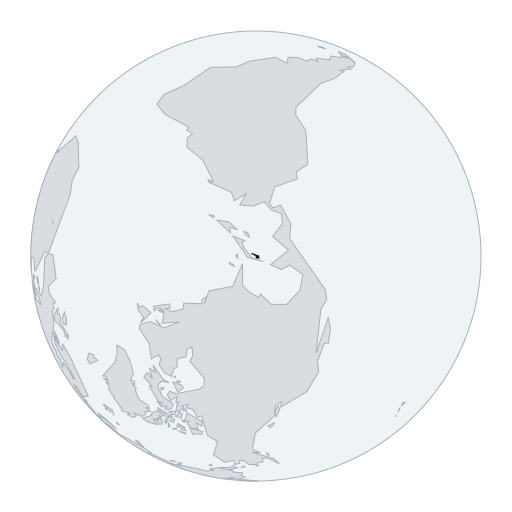 Isla de la Juventud highlighted on a globe, orthographic projection, rotated 212°
{"feature_id": "CUB-1320", "entity_name": "Isla de la Juventud", "entity_type": "Special Municipality", "adm_level": 1, "iso_a3": "CUB", "parent_name": "Cuba", "parent_adm1": "", "projection": "orthographic", "projection_center": [-82.43, 21.696], "detail": "fine", "context": "on_globe", "style": "filled", "palette": "ink", "viewbox_px": 512, "rotation_deg": 212, "n_neighbors": 0, "source": "natural_earth", "source_scale": "10m", "svg_char_len": 9833}
<svg xmlns="http://www.w3.org/2000/svg" viewBox="0 0 512 512"><g transform="rotate(212 256 256)"><circle cx="256" cy="256" r="225" fill="#eef3f6" stroke="#a8b0b8"/><path d="M272.5,307.9L267.2,305.7L262.0,312.3L243.5,301.8L236.7,288.6L179.1,264.1L173.0,256.6L172.8,245.3L153.6,205.5L162.0,241.8L154.5,234.1L148.5,220.7L151.9,218.1L148.0,199.1L141.4,191.0L141.1,167.8L155.0,141.1L157.1,146.0L160.2,139.6L157.7,133.4L155.4,130.9L162.7,105.5L156.9,90.5L148.0,91.4L155.5,87.3L133.7,93.7L126.0,92.2L139.1,90.7L143.9,88.1L140.8,85.1L145.0,81.9L145.9,78.9L151.2,75.6L158.5,75.7L162.0,73.8L159.7,71.8L163.5,67.9L166.4,70.9L173.3,64.5L186.7,64.9L190.3,78.3L202.1,78.1L217.4,91.5L220.4,88.3L228.1,92.4L234.4,90.5L235.4,94.1L239.5,89.6L237.4,86.7L238.5,83.9L242.0,82.7L243.9,86.9L242.5,88.1L244.9,88.8L244.3,91.5L246.6,89.5L248.5,95.2L251.8,88.1L257.7,91.3L257.6,95.5L250.8,97.0L233.6,112.8L231.3,118.7L235.0,124.9L256.4,131.8L256.7,138.0L262.2,145.0L265.1,140.3L261.9,133.3L268.7,127.1L264.0,120.0L266.0,116.7L263.9,109.2L271.6,108.5L280.2,112.1L282.4,118.5L286.3,120.5L290.2,113.3L300.0,125.0L316.5,132.7L318.2,136.4L310.9,144.3L295.8,146.3L286.3,159.2L299.9,149.4L304.0,159.6L307.9,161.0L312.0,159.9L313.3,155.6L316.3,159.1L303.9,169.5L301.0,166.4L305.0,163.0L297.9,164.3L289.6,172.5L292.3,177.7L276.9,186.7L278.7,190.7L276.3,195.3L274.5,188.1L277.4,201.6L259.7,217.9L263.3,242.2L251.6,223.7L242.5,221.7L231.7,222.3L232.1,226.2L217.3,223.1L204.4,231.2L200.6,250.3L206.3,265.1L222.7,266.1L227.3,258.0L239.1,256.3L231.5,278.3L252.3,281.2L250.7,297.4L256.9,305.5L267.1,303.1L277.7,306.5L284.9,296.8L296.8,290.8L297.4,303.8L303.6,291.4L310.5,297.0L333.7,293.7L332.0,296.9L351.7,309.1L372.1,311.8L376.8,319.9L374.5,326.0L381.4,326.1L381.4,329.7L407.9,327.9L420.5,332.3L419.5,344.5L407.8,361.9L394.4,392.1L372.6,406.1L365.2,417.3L345.1,434.6L332.1,435.9L334.0,441.7L325.2,446.7L316.3,448.2L313.2,452.6L306.5,453.5L309.9,455.6L297.2,461.7L298.6,465.2L288.8,469.4L289.9,471.0L286.9,471.2L283.3,472.2L282.3,473.2L274.0,472.1L273.7,467.8L278.2,465.2L274.3,465.0L284.1,457.7L279.1,459.4L283.6,448.0L292.3,437.2L301.0,403.3L296.9,396.5L280.4,389.0L260.6,361.2L266.4,348.8L261.9,343.1L276.8,324.7L272.5,307.9ZM51.9,210.8L53.4,205.8L53.6,209.9L51.9,210.8ZM53.7,202.1L53.3,204.0L53.4,202.3L53.7,202.1ZM53.3,200.6L53.6,201.7L53.1,200.9L53.3,200.6ZM52.6,199.1L53.1,199.7L53.0,199.8L52.6,199.1ZM262.5,250.4L286.3,260.7L273.3,263.0L275.7,260.7L269.6,256.2L258.3,252.3L246.7,255.1L262.5,250.4ZM52.3,195.3L52.3,194.2L52.8,194.3L52.3,195.3ZM272.2,236.6L268.1,235.9L272.1,235.6L272.2,236.6ZM153.6,130.5L157.3,133.7L157.9,140.8L154.4,138.4L153.6,130.5ZM153.0,118.0L155.9,118.2L152.1,124.3L151.7,122.3L153.0,118.0ZM140.6,93.2L142.8,94.8L139.2,94.4L140.6,93.2ZM145.1,79.0L143.2,79.7L144.5,77.9L145.1,79.0ZM259.8,110.2L261.8,109.7L261.2,111.3L259.8,110.2ZM257.0,107.6L254.8,109.8L253.2,108.9L254.5,107.6L257.0,107.6ZM153.8,71.4L156.5,68.7L155.0,71.4L153.8,71.4ZM260.0,105.1L250.5,107.1L247.6,105.6L250.4,99.3L260.0,105.1ZM158.9,67.1L165.3,60.9L161.6,61.7L175.8,56.7L165.6,63.2L164.4,66.3L162.4,65.6L158.9,67.1ZM235.2,86.3L237.6,89.4L232.3,88.0L235.2,86.3ZM231.5,86.2L213.7,87.4L211.8,82.8L218.2,83.1L213.1,78.5L221.0,75.6L225.5,77.5L225.2,80.9L228.5,77.3L231.5,86.2ZM182.7,55.2L185.3,54.0L184.0,55.4L182.7,55.2ZM238.5,82.7L235.1,83.1L233.2,79.1L239.7,77.5L238.3,79.3L238.5,82.7ZM208.0,78.9L207.7,75.9L214.0,72.6L214.8,71.1L221.0,75.2L208.0,78.9ZM240.5,79.6L243.1,76.9L247.2,77.9L241.7,82.1L240.5,79.6ZM230.0,78.8L229.4,76.9L231.8,77.4L230.0,78.8ZM263.2,80.5L259.1,80.6L257.8,78.5L263.2,80.5ZM243.8,75.9L242.4,75.6L241.4,74.9L244.0,73.4L243.8,75.9ZM225.0,72.8L227.7,72.2L222.8,70.9L227.3,68.8L230.7,72.0L231.1,69.8L232.5,69.1L233.7,72.5L225.0,72.8ZM243.6,69.8L249.4,73.8L257.3,73.7L258.7,75.5L245.8,75.4L243.6,69.8ZM237.7,71.1L241.7,70.7L241.4,72.9L238.5,74.6L237.7,71.1ZM229.2,66.3L221.4,68.7L220.9,68.0L229.2,66.3ZM246.0,69.3L244.5,68.4L246.6,69.0L246.0,69.3ZM234.4,66.6L231.7,67.5L231.3,66.6L234.4,66.6ZM243.9,66.1L245.7,67.2L243.8,68.3L243.9,66.1ZM239.6,65.9L239.6,64.5L242.0,68.0L238.5,66.4L239.6,65.9ZM234.4,65.7L233.3,65.4L235.6,65.4L234.4,65.7ZM250.1,61.6L253.5,65.7L249.3,67.9L246.5,63.6L250.1,61.6ZM287.4,474.3L274.4,472.7L282.0,473.4L288.6,471.5L294.9,472.8L287.4,474.3ZM306.4,468.6L313.3,466.7L314.5,467.0L310.0,468.4L306.4,468.6ZM421.6,103.3L420.8,102.4L419.5,101.0L421.6,103.3ZM397.5,80.7L398.3,81.4L411.8,93.3L413.3,94.7L415.7,97.1L422.0,104.2L427.0,109.4L431.2,114.5L424.3,107.7L420.5,103.8L412.5,100.5L417.2,105.1L425.0,108.9L425.2,110.0L431.6,117.4L426.8,112.6L417.0,108.3L420.1,117.8L434.1,142.3L433.7,148.2L428.8,149.3L413.5,130.9L416.0,119.9L410.6,114.2L401.4,110.4L402.9,107.7L399.5,105.1L399.6,101.1L391.1,91.1L389.9,87.2L378.3,79.5L376.1,76.7L383.6,81.8L388.2,83.8L384.2,75.6L380.9,72.9L373.7,68.8L373.5,67.5L367.1,64.6L360.7,59.4L363.0,63.7L354.6,60.1L346.3,55.4L343.9,55.2L357.5,63.1L362.5,65.7L366.2,66.5L380.3,75.5L383.5,79.3L370.3,73.6L373.3,78.8L361.8,73.0L332.1,53.7L324.0,48.4L328.0,45.1L334.7,47.4L336.6,49.6L342.5,50.1L338.3,48.8L338.2,48.0L330.1,45.2L329.6,44.6L322.7,43.3L321.2,42.3L325.6,43.1L312.3,39.1L306.9,37.1L304.1,36.6L302.7,36.6L296.8,34.6L295.1,34.4L296.3,34.8L293.6,34.8L286.5,34.3L284.8,33.6L287.2,33.7L289.6,33.3L296.1,34.3L295.1,34.1L311.0,37.5L326.6,42.1L341.8,47.7L356.6,54.4L370.8,62.2L384.5,71.0L397.5,80.7ZM294.2,34.0L288.7,33.1L285.7,33.4L281.9,33.4L282.3,32.8L281.9,33.0L279.5,32.8L275.5,32.1L274.6,32.7L250.3,33.9L240.3,33.5L243.4,32.4L224.7,34.7L214.8,35.5L216.0,35.8L207.9,38.0L210.8,37.6L210.8,38.0L191.2,45.2L185.3,46.9L178.1,51.6L178.7,52.0L182.7,50.8L175.8,56.7L161.6,61.7L160.9,60.6L152.4,65.0L152.2,62.3L148.0,62.6L152.7,57.9L149.0,59.1L146.1,60.8L138.9,64.2L134.8,66.1L137.8,64.2L150.9,57.0L160.5,55.2L157.7,54.9L162.2,52.9L163.5,51.7L161.2,52.1L158.6,53.3L170.1,47.8L184.9,42.2L200.1,37.8L215.5,34.4L231.1,32.1L246.9,30.9L262.7,30.8L278.5,31.8L294.2,34.0ZM480.7,239.4L480.5,237.2L480.6,242.9L479.6,237.8L479.1,240.2L472.4,262.4L467.1,258.3L453.1,237.1L452.0,222.8L446.2,210.1L433.8,149.5L437.5,147.0L435.0,126.8L435.8,126.2L443.0,136.3L446.7,136.1L439.7,125.6L439.4,125.2L449.0,139.9L457.5,155.2L464.7,171.2L470.7,187.8L475.4,204.7L478.7,221.9L480.7,239.4ZM445.5,175.4L447.6,179.4L447.6,179.5L445.5,175.4ZM334.4,293.4L337.3,295.5L333.6,296.1L334.4,293.4ZM271.7,268.5L276.6,268.6L279.3,270.5L275.5,271.4L271.7,268.5ZM312.5,265.7L318.0,266.2L312.4,267.9L312.5,265.7ZM290.0,262.0L308.1,265.7L297.1,270.6L285.7,268.4L293.4,266.7L290.0,262.0ZM270.4,244.5L273.5,245.3L272.7,247.8L270.4,244.5ZM275.1,236.4L273.9,236.7L272.2,234.8L275.1,236.4ZM304.8,159.0L305.8,158.3L310.2,158.1L308.4,160.1L304.8,159.0ZM327.5,147.6L331.8,153.6L327.5,150.4L326.0,153.9L315.0,152.1L318.5,138.1L318.9,144.5L327.5,147.6ZM301.4,146.6L307.9,148.8L300.7,147.0L301.4,146.6ZM380.3,96.7L383.2,96.5L387.3,100.2L388.8,107.0L382.8,101.5L380.3,96.7ZM386.2,95.6L372.7,89.1L371.3,85.2L374.4,88.4L374.8,86.5L379.9,91.2L391.7,94.6L396.1,98.2L396.4,107.6L393.9,102.2L391.3,102.5L386.2,95.6ZM340.8,84.9L335.0,83.5L339.4,76.6L344.4,78.8L346.2,85.1L341.4,86.4L340.8,84.9ZM266.9,94.4L264.3,95.4L263.8,94.1L265.5,92.1L266.9,94.4ZM261.4,80.7L277.3,88.9L275.3,90.3L287.1,94.2L286.2,99.7L278.6,96.9L286.8,104.4L279.5,104.1L285.7,108.9L268.7,102.1L262.5,102.6L269.8,99.8L270.8,94.6L269.3,92.5L260.6,87.3L247.8,86.6L246.7,81.8L249.4,78.7L252.3,78.2L252.1,81.3L256.1,78.3L258.0,82.5L261.4,80.7ZM281.1,53.4L279.6,55.8L288.1,53.4L290.1,56.3L290.9,55.9L295.1,58.1L301.6,60.3L301.5,61.8L304.1,62.0L306.8,63.8L310.4,64.7L311.4,67.9L315.8,69.4L313.8,70.1L321.0,72.0L316.1,72.1L319.2,74.7L322.4,73.3L319.4,91.0L321.9,99.5L326.8,106.8L317.6,106.7L307.2,100.2L297.6,91.4L296.5,83.7L292.5,85.5L290.8,82.4L294.6,82.3L287.7,80.8L287.4,78.3L278.8,72.4L269.1,72.3L265.7,70.4L269.3,69.3L263.4,68.3L267.9,64.9L265.6,63.6L267.8,59.4L276.1,58.4L272.9,57.1L274.3,54.2L281.1,53.4ZM250.9,60.4L260.4,57.8L266.2,58.4L260.0,65.7L261.5,67.3L257.8,72.6L249.5,71.8L251.3,70.3L251.2,68.7L253.8,69.6L251.6,67.7L254.1,65.7L253.0,63.8L256.4,63.4L250.9,60.4ZM432.5,121.1L432.4,120.0L431.3,117.4L435.3,122.4L432.5,121.1ZM426.1,118.2L425.4,116.3L430.5,121.4L430.6,122.8L426.1,118.2ZM420.6,111.3L425.0,115.8L422.7,114.2L420.6,111.3ZM382.5,80.2L381.2,78.4L382.7,79.1L385.5,81.2L382.5,80.2ZM306.7,49.0L304.9,49.8L303.5,49.3L296.4,49.3L294.4,47.5L297.9,46.7L306.7,49.0ZM432.6,116.1L432.8,116.4L431.7,115.0L431.6,114.9L432.6,116.1ZM303.3,47.0L300.6,47.2L301.3,46.2L303.3,47.0ZM292.6,46.2L292.6,44.9L293.3,47.3L292.6,46.2ZM282.3,35.4L294.4,37.0L301.8,37.8L303.8,37.4L306.1,39.1L294.8,37.8L282.3,35.4ZM254.5,33.9L252.7,34.9L250.0,34.6L250.0,34.3L254.5,33.9ZM255.9,34.5L260.2,35.8L257.0,36.5L254.2,35.2L255.9,34.5ZM282.2,40.1L285.9,40.6L285.3,41.2L282.2,40.1ZM183.9,53.8L185.2,54.0L182.7,54.7L183.9,53.8ZM212.6,37.8L212.1,38.4L209.2,38.9L212.6,37.8ZM209.1,40.6L212.8,39.5L209.6,40.9L209.1,40.6ZM220.9,37.4L214.6,39.3L219.6,37.2L220.9,37.4Z" fill="#d9dde1" stroke="#a8b0b8" stroke-width="1"/><path d="M255.5,256.2L255.5,256.3L255.6,256.5L255.4,256.6L254.8,256.9L254.5,257.0L254.3,257.0L254.2,257.0L253.9,257.0L253.9,256.9L253.7,256.9L253.5,256.7L253.4,256.6L253.3,256.4L253.2,256.3L253.3,256.3L253.5,256.4L253.5,256.5L253.8,256.6L254.0,256.4L254.0,256.5L254.1,256.4L253.7,255.7L253.6,255.4L253.8,255.3L253.8,255.2L254.0,255.1L253.9,255.1L254.0,255.0L254.4,255.1L254.7,255.1L254.9,255.2L255.0,255.2L255.1,255.3L255.0,255.5L255.3,255.7L255.4,255.8L255.3,256.0L255.5,256.2L255.5,256.2ZM259.9,255.9L259.8,256.0L259.7,256.1L259.4,256.3L259.2,256.4L259.3,256.3L259.4,256.2L259.5,256.2L259.8,255.9L259.9,255.9ZM257.6,256.2L257.7,256.3L257.4,256.4L257.3,256.5L257.2,256.5L257.3,256.4L257.5,256.3L257.6,256.2L257.6,256.2ZM258.1,256.1L257.9,256.3L257.8,256.2L257.9,256.3L258.0,256.2L258.1,256.1ZM255.2,255.0L255.4,255.0L255.2,255.1L255.2,255.0Z" fill="#0f172a" stroke="#020617" stroke-width="1.5"/></g></svg>